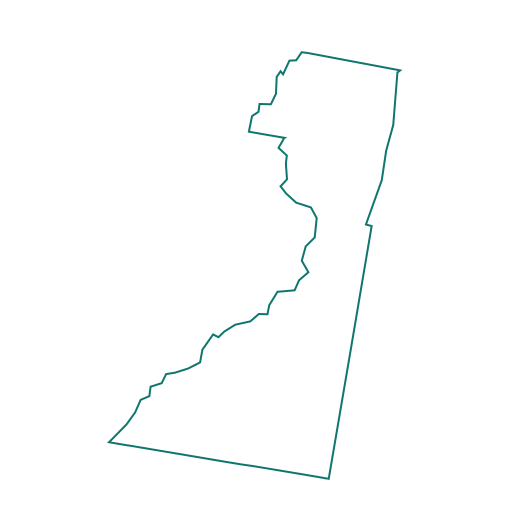 the district of Dunklin, Missouri, United States of America, rotated 10°
{"feature_id": "52423323B2577811037468", "entity_name": "Dunklin", "entity_type": "district", "adm_level": 2, "iso_a3": "USA", "parent_name": "United States of America", "parent_adm1": "Missouri", "projection": "albers", "projection_center": [-90.156, 36.313], "detail": "fine", "context": "isolated", "style": "outline", "palette": "teal", "viewbox_px": 512, "rotation_deg": 10, "n_neighbors": 0, "source": "geoboundaries", "source_scale": "gbopen_adm2", "svg_char_len": 1115}
<svg xmlns="http://www.w3.org/2000/svg" viewBox="0 0 512 512"><g transform="rotate(10 256 256)"><path d="M243.9,330.5L238.0,335.8L233.1,342.5L227.4,340.7L219.5,357.5L219.4,370.5L208.7,378.6L196.4,385.0L188.0,387.9L185.2,397.6L174.9,403.0L175.3,412.5L167.4,417.7L164.1,431.1L157.7,444.4L143.6,464.9L148.4,464.9L162.3,464.8L164.0,464.7L189.1,464.5L190.9,464.5L191.0,464.5L260.1,464.0L276.9,463.8L277.4,463.8L289.4,463.4L359.2,462.8L363.1,462.9L365.4,462.7L366.0,462.8L366.3,462.8L365.6,336.6L364.7,206.4L358.8,205.9L366.7,159.5L365.9,129.7L368.4,103.2L363.4,50.7L365.7,48.2L271.2,47.1L265.6,47.4L261.6,56.3L255.0,57.8L251.1,72.4L248.1,69.8L245.3,76.1L247.5,92.7L244.3,104.0L233.1,105.7L233.4,113.6L227.8,118.9L227.4,134.8L229.2,134.8L241.6,134.8L263.5,134.7L262.5,135.5L262.8,136.4L259.4,145.6L259.9,145.9L268.9,151.7L269.4,159.8L273.2,175.1L268.1,183.1L274.8,189.2L286.3,196.5L301.6,198.6L309.2,208.1L310.6,227.5L303.3,237.9L301.9,252.7L310.4,262.9L302.6,272.4L300.0,283.1L283.4,287.5L277.6,302.1L277.4,311.4L268.9,312.6L261.7,321.4L247.4,327.3L243.9,330.5Z" fill="none" stroke="#0f766e" stroke-width="2"/></g></svg>